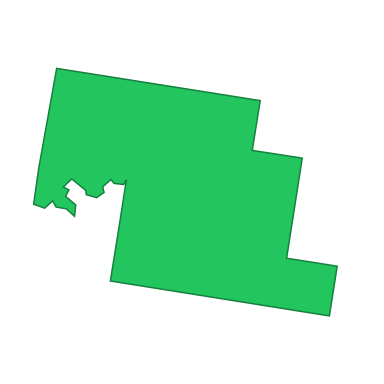 outline of Okfuskee, Oklahoma, United States of America, rotated 9°
{"feature_id": "52423323B78469060482837", "entity_name": "Okfuskee", "entity_type": "district", "adm_level": 2, "iso_a3": "USA", "parent_name": "United States of America", "parent_adm1": "Oklahoma", "projection": "robinson", "projection_center": [-96.434, 35.464], "detail": "fine", "context": "isolated", "style": "filled", "palette": "green", "viewbox_px": 384, "rotation_deg": 9, "n_neighbors": 0, "source": "geoboundaries", "source_scale": "gbopen_adm2", "svg_char_len": 534}
<svg xmlns="http://www.w3.org/2000/svg" viewBox="0 0 384 384"><g transform="rotate(9 192 192)"><path d="M36.9,193.0L37.5,228.8L49.0,231.0L55.7,222.6L60.1,228.1L70.6,228.3L79.8,234.4L79.2,222.9L67.8,216.1L70.1,209.2L64.1,207.2L71.2,197.9L86.7,207.0L88.1,211.2L98.7,212.5L105.2,206.2L103.0,200.8L110.0,192.3L113.6,195.7L123.3,195.3L125.3,190.1L125.4,236.6L125.3,292.7L321.5,292.9L347.1,292.9L347.0,242.6L295.8,242.6L295.6,141.3L245.0,141.5L245.1,91.1L39.0,91.1L36.9,193.0Z" fill="#22c55e" stroke="#15803d" stroke-width="1.5"/></g></svg>